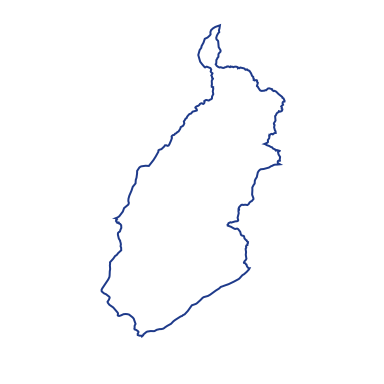 outline of Supia, Caldas, Colombia, rotated 42°
{"feature_id": "7082276B1777819545568", "entity_name": "Supia", "entity_type": "district", "adm_level": 2, "iso_a3": "COL", "parent_name": "Colombia", "parent_adm1": "Caldas", "projection": "robinson", "projection_center": [-75.644, 5.456], "detail": "fine", "context": "isolated", "style": "outline", "palette": "blue", "viewbox_px": 384, "rotation_deg": 42, "n_neighbors": 0, "source": "geoboundaries", "source_scale": "gbopen_adm2", "svg_char_len": 5974}
<svg xmlns="http://www.w3.org/2000/svg" viewBox="0 0 384 384"><g transform="rotate(42 192 192)"><path d="M251.4,332.8L251.6,331.1L251.2,330.5L251.8,326.5L252.2,325.6L254.4,322.9L256.7,321.0L257.2,320.4L258.0,318.0L259.6,315.7L261.1,314.2L262.1,312.7L262.4,311.6L262.5,310.7L263.2,308.0L264.6,304.0L264.7,300.5L265.1,298.4L266.8,292.2L267.6,290.7L267.7,289.5L268.4,287.9L268.5,283.2L267.7,276.3L269.7,272.7L270.1,271.4L270.6,266.6L270.7,263.5L271.1,262.2L273.4,258.6L274.2,256.2L275.7,249.1L276.7,245.7L276.9,243.3L281.0,235.7L283.1,230.6L284.9,225.6L285.1,224.6L285.1,220.1L285.7,218.2L286.1,214.7L286.1,211.3L285.8,210.2L285.5,210.5L284.2,210.8L282.5,210.4L281.1,209.5L280.5,209.7L279.6,209.3L279.0,209.4L278.2,209.9L277.8,209.7L277.4,208.5L277.4,206.4L277.1,205.2L274.0,202.7L272.4,200.5L269.9,198.4L269.6,197.1L268.8,196.6L268.3,195.7L268.2,195.3L268.7,194.4L268.0,193.7L268.0,193.0L267.1,191.7L265.8,191.9L265.0,191.4L264.2,191.6L262.1,191.4L260.3,190.1L259.8,190.1L258.0,191.0L257.0,191.0L254.4,189.3L251.1,188.7L250.0,189.0L248.9,190.5L248.2,190.9L244.1,191.8L241.0,193.1L240.3,192.5L240.4,191.7L240.0,190.7L240.8,188.8L241.6,188.5L243.8,184.9L245.1,183.5L245.4,182.9L245.3,182.2L245.0,181.9L243.1,180.6L240.9,176.5L239.1,175.0L239.0,173.9L238.6,173.4L237.9,173.5L237.8,172.9L237.2,172.1L237.2,169.0L237.7,167.9L238.6,167.5L240.0,165.9L241.9,164.6L242.2,163.1L241.8,161.3L242.1,159.6L242.5,158.8L242.4,156.1L241.6,155.4L238.5,153.8L235.5,150.1L233.8,148.3L233.1,145.6L232.9,143.8L231.1,141.5L230.6,140.1L230.2,137.6L227.8,133.4L227.5,131.6L227.6,130.1L227.9,129.1L229.9,126.9L232.8,122.4L233.5,119.9L234.3,118.5L234.4,117.7L235.3,116.2L236.8,114.8L238.8,112.6L237.0,113.0L236.4,113.0L235.9,112.6L235.3,111.9L235.2,111.4L235.4,110.7L235.7,110.3L236.2,110.2L236.4,109.9L235.6,109.3L234.0,107.0L231.2,106.2L229.2,104.8L229.0,104.4L229.7,103.1L229.6,102.8L227.1,104.0L226.8,104.2L226.7,105.1L226.2,105.1L225.3,104.8L223.0,105.5L221.7,105.2L220.3,105.8L218.7,106.1L216.1,107.2L214.5,107.4L213.7,107.8L215.0,105.0L215.0,104.0L213.6,102.6L213.4,100.5L212.5,99.0L211.8,98.8L211.3,97.8L211.7,97.7L211.8,96.3L212.2,95.6L212.7,95.2L213.5,95.1L213.8,93.1L214.7,92.1L213.3,90.9L212.4,90.7L209.6,88.9L208.7,87.2L208.4,86.9L207.8,86.9L206.9,86.2L206.3,83.1L203.0,80.0L203.0,78.9L202.4,77.1L202.4,75.9L202.9,74.7L202.5,73.8L203.7,73.3L204.2,72.5L204.5,71.3L203.8,70.0L202.9,70.1L202.2,69.0L201.1,68.8L201.0,67.9L201.3,66.2L199.8,65.4L199.4,64.6L199.4,63.8L200.2,62.9L199.8,62.3L197.4,61.2L196.1,61.5L195.5,61.0L190.8,61.3L187.4,61.1L185.6,61.6L185.1,62.4L183.5,62.6L182.8,62.0L180.0,63.3L179.2,64.3L179.0,66.8L178.3,67.3L178.1,68.1L176.2,70.2L175.3,70.7L174.5,70.9L171.3,70.1L170.5,69.7L169.6,69.9L169.3,69.8L167.9,66.8L166.6,66.6L166.1,65.9L165.4,65.6L164.7,66.0L163.8,67.3L162.8,67.5L162.2,66.5L161.3,66.3L160.5,65.5L158.9,65.5L156.5,64.3L153.5,63.5L152.7,64.0L151.8,64.0L151.5,64.3L150.8,64.1L149.9,65.4L148.6,65.2L147.8,65.4L144.6,67.2L144.4,68.2L143.4,68.5L143.3,69.3L142.4,68.9L141.8,68.9L140.7,69.5L139.6,70.7L139.2,71.6L138.0,72.0L137.4,72.7L136.8,72.8L136.8,73.7L136.6,73.9L135.2,74.2L134.7,74.9L134.1,75.1L133.7,76.5L133.1,77.2L132.6,78.5L131.8,79.2L129.8,80.1L129.2,81.0L128.0,81.5L125.9,81.7L124.1,81.2L124.0,80.3L123.5,79.6L121.8,77.6L121.5,75.9L121.2,75.4L121.2,73.9L119.6,72.1L119.2,71.1L119.3,68.8L118.9,68.1L118.4,67.6L114.9,66.5L110.5,62.4L109.9,62.2L108.2,62.2L106.9,61.3L105.8,59.0L105.2,56.3L105.3,55.0L103.8,53.8L103.0,52.1L101.2,49.4L98.9,53.7L98.1,56.3L97.9,59.0L98.7,60.9L100.3,62.4L100.5,63.6L100.2,66.8L99.0,69.6L100.6,73.3L101.5,77.2L102.4,78.6L102.7,81.4L105.0,86.0L110.9,89.7L114.1,90.3L118.0,90.8L118.4,90.6L118.9,89.2L119.3,88.9L122.8,87.6L124.3,88.1L125.3,90.0L126.2,90.2L127.8,90.1L128.0,90.6L128.4,92.5L129.6,92.8L130.6,93.8L131.6,93.6L131.9,94.2L132.0,95.5L132.4,96.3L134.8,98.7L135.3,99.7L136.3,100.6L137.0,100.0L137.6,99.9L138.0,100.6L138.7,101.0L140.1,103.3L142.3,105.0L143.0,107.6L144.2,109.1L144.3,109.8L143.5,111.7L143.3,112.8L141.1,114.0L140.6,114.7L140.3,116.3L140.9,116.5L141.6,117.7L141.6,118.5L141.4,119.1L139.9,119.5L139.3,120.3L139.0,121.2L139.2,122.3L139.0,123.6L138.1,125.3L137.9,126.3L137.9,126.9L138.1,127.1L140.2,127.4L140.9,127.9L141.0,128.3L138.7,131.9L138.8,134.3L137.9,135.9L137.9,138.2L138.0,139.4L138.5,140.4L138.4,141.2L138.1,141.7L138.6,143.6L138.7,145.0L140.4,146.2L141.0,148.2L141.0,149.1L140.2,151.3L141.0,153.0L141.5,156.1L141.0,157.4L141.0,158.8L140.4,160.1L140.6,161.3L139.7,162.7L139.6,164.0L139.9,164.7L140.9,165.2L142.0,167.8L143.3,171.8L143.5,173.2L142.9,174.1L141.6,174.5L140.7,175.4L140.9,176.8L140.6,180.6L139.4,182.6L139.2,183.5L140.1,184.7L141.3,190.0L142.0,194.2L142.5,201.5L139.9,203.6L137.3,206.7L136.8,207.6L136.5,209.0L137.1,213.0L138.8,215.0L141.2,218.5L142.1,220.6L144.3,223.4L144.5,227.8L146.1,231.4L147.9,236.7L149.3,239.5L150.7,241.3L152.4,242.4L153.1,243.9L152.3,249.4L153.7,252.8L154.2,258.8L153.7,260.8L152.9,262.4L153.2,262.2L153.5,262.4L154.3,262.5L154.1,263.1L154.7,263.5L154.6,263.8L154.9,264.4L155.4,264.4L156.2,264.8L156.6,264.8L157.9,263.7L158.4,263.9L158.4,264.2L157.8,264.2L157.7,264.6L160.0,263.8L161.6,264.1L163.5,266.0L164.1,268.0L164.7,269.1L164.8,270.0L164.5,270.6L164.4,271.8L164.8,272.5L165.6,273.4L168.8,275.6L171.2,276.3L171.5,276.7L172.6,277.3L174.1,278.4L175.2,280.1L176.6,280.8L178.4,282.7L178.0,286.7L178.2,289.1L177.7,291.1L178.1,294.2L178.1,299.1L179.2,300.2L180.0,301.4L182.7,304.0L184.0,306.0L186.5,309.0L187.5,310.4L188.3,313.1L189.8,323.6L190.2,325.1L191.1,326.1L191.8,326.3L194.5,326.2L196.5,325.5L200.7,325.2L201.6,325.7L202.3,327.6L202.7,330.1L203.5,330.6L206.0,331.1L210.7,330.5L217.6,331.4L218.4,331.9L219.3,333.3L219.8,333.4L220.8,332.9L221.8,331.2L222.9,328.6L224.4,327.0L225.9,325.9L227.3,325.2L231.7,324.9L233.4,325.1L238.3,327.8L238.8,329.6L239.5,330.6L240.3,331.4L240.5,332.0L241.3,332.5L242.7,331.9L244.6,331.6L245.7,331.7L246.2,332.3L246.5,333.7L247.4,334.6L249.1,333.9L250.8,332.5L251.4,332.8Z" fill="none" stroke="#1e3a8a" stroke-width="2"/></g></svg>